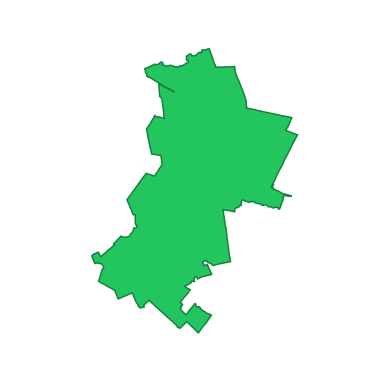 outline of Vlasinesti, Botosani, Romania, rotated 157°
{"feature_id": "2599482B22967990997973", "entity_name": "Vlasinesti", "entity_type": "district", "adm_level": 2, "iso_a3": "ROU", "parent_name": "Romania", "parent_adm1": "Botosani", "projection": "albers", "projection_center": [26.916, 47.927], "detail": "fine", "context": "isolated", "style": "filled", "palette": "green", "viewbox_px": 384, "rotation_deg": 157, "n_neighbors": 0, "source": "geoboundaries", "source_scale": "gbopen_adm2", "svg_char_len": 6069}
<svg xmlns="http://www.w3.org/2000/svg" viewBox="0 0 384 384"><g transform="rotate(157 192 192)"><path d="M214.3,242.7L206.3,237.9L208.7,229.0L220.2,221.3L227.0,227.1L254.9,210.3L254.9,199.5L255.1,194.2L253.4,193.4L253.2,193.1L255.5,187.6L256.4,185.3L256.4,184.7L256.3,183.0L256.0,181.7L257.4,181.0L258.3,181.3L258.9,181.2L259.7,181.5L259.9,181.5L261.4,179.3L262.0,178.9L262.7,178.2L263.4,177.9L264.6,177.6L264.9,177.4L266.0,176.4L266.8,175.9L268.0,175.8L269.7,176.0L272.4,176.8L272.7,177.1L273.5,178.0L274.5,179.1L284.6,174.9L283.9,173.6L288.3,172.2L292.4,171.0L295.4,169.9L301.3,168.1L301.5,168.4L301.5,170.0L301.6,170.9L301.6,172.4L301.7,172.9L302.1,173.3L302.3,173.4L304.5,173.1L306.5,173.2L308.9,172.6L309.1,171.9L309.4,170.3L309.5,168.9L309.3,168.3L309.4,164.1L308.7,164.1L307.3,163.7L305.9,163.5L305.4,162.4L303.7,161.6L303.3,160.9L302.8,159.4L302.7,157.9L302.7,157.2L302.8,156.8L303.0,156.6L304.7,156.0L311.7,147.7L312.9,146.5L311.9,145.0L301.5,131.6L301.7,130.5L301.6,129.1L301.7,127.7L301.7,125.3L301.8,122.6L301.6,122.4L286.6,122.5L286.5,121.5L286.2,120.5L286.3,119.0L286.6,118.4L286.7,117.7L286.4,116.9L286.5,112.9L286.1,110.8L285.8,108.7L285.7,108.3L285.7,108.2L286.1,108.0L285.9,107.5L285.0,105.4L283.5,105.4L281.1,104.7L280.9,104.9L280.9,106.2L280.7,106.5L273.8,109.2L273.7,108.7L271.7,104.3L270.0,100.5L269.0,98.6L268.3,96.7L266.8,93.6L261.7,82.6L260.1,79.7L260.0,79.3L259.9,78.7L258.4,75.2L257.9,74.5L257.9,74.0L258.3,73.2L258.2,73.0L257.4,72.6L257.1,72.4L256.5,71.2L247.4,74.7L246.1,71.3L245.0,68.8L241.2,59.8L235.4,63.4L232.4,64.9L230.9,65.6L222.3,70.9L222.6,71.4L223.6,72.4L224.1,73.2L225.1,74.0L225.6,74.7L226.2,74.9L226.5,75.5L226.4,75.8L226.8,76.8L227.2,77.3L228.0,77.8L228.4,78.2L229.2,80.3L229.6,80.8L229.6,81.9L230.0,83.0L229.9,83.5L230.4,83.8L230.9,83.9L231.7,83.5L232.1,83.5L232.5,84.1L232.5,85.6L232.8,86.9L232.8,87.1L232.4,87.5L232.9,88.1L241.0,83.9L245.2,81.3L247.1,84.8L248.0,87.0L248.1,87.5L248.1,88.3L248.0,89.2L247.8,89.5L244.6,92.2L245.2,93.5L245.8,95.1L241.7,97.4L234.9,100.7L233.9,101.5L231.9,102.8L235.2,106.9L235.7,108.1L235.2,108.2L234.2,108.0L233.7,108.0L231.2,108.5L228.4,108.8L228.1,108.9L228.0,109.6L227.7,109.8L227.4,109.9L226.8,109.8L224.8,108.6L224.6,109.0L224.6,109.6L224.9,110.3L224.8,110.5L224.3,110.9L223.7,111.0L223.6,112.0L223.3,112.3L222.5,112.6L221.9,112.6L221.2,112.3L220.8,109.8L215.9,110.1L210.8,109.2L208.3,108.7L206.1,108.5L206.0,108.8L206.0,111.6L206.4,119.5L209.0,119.2L209.4,119.3L209.3,120.5L209.7,122.2L209.5,123.6L205.2,123.5L205.4,122.8L205.4,122.4L204.8,121.1L204.0,120.1L203.5,119.6L202.7,119.1L202.5,118.9L202.4,118.3L201.6,117.3L201.7,116.6L201.5,116.3L201.2,116.2L196.3,115.4L183.8,112.9L183.8,113.8L183.2,114.8L182.9,116.2L182.4,118.3L182.1,120.4L181.8,121.1L180.7,125.0L180.4,125.7L180.0,127.2L179.6,129.0L179.0,131.1L177.6,136.7L177.3,137.6L176.7,138.7L174.5,146.4L174.6,147.8L174.4,148.8L173.5,151.4L173.5,151.9L172.3,155.8L171.7,158.6L170.6,162.3L170.3,163.7L169.3,162.9L163.8,159.5L160.7,157.2L160.0,157.6L159.9,158.7L159.6,159.2L159.3,159.5L158.3,160.1L157.2,160.1L155.4,159.8L154.8,159.9L153.6,160.6L152.2,160.4L151.9,160.5L151.9,161.2L151.8,161.6L150.9,162.2L149.9,164.4L149.5,164.8L148.9,165.0L148.0,164.5L147.4,164.0L147.2,163.8L146.6,162.7L145.2,161.9L144.6,161.0L143.9,160.5L142.7,160.1L142.2,160.0L141.3,160.2L140.8,159.9L140.2,159.4L139.6,159.4L138.8,159.1L138.7,158.3L138.2,157.6L136.6,156.4L135.9,155.6L134.1,154.7L133.8,154.1L133.6,153.5L133.2,153.1L132.3,152.3L131.5,151.9L129.9,151.8L128.9,151.4L127.8,149.6L127.7,148.9L127.4,148.5L125.2,147.5L124.9,147.3L124.3,146.2L124.0,146.0L123.0,145.4L122.2,145.5L121.5,145.3L120.6,144.9L119.9,144.9L119.6,144.8L119.2,144.5L119.1,144.0L119.3,143.4L119.2,143.3L119.1,142.8L118.7,142.4L118.2,142.1L116.7,143.4L113.6,146.9L111.0,149.6L110.6,150.8L109.8,151.7L109.5,152.4L108.7,152.8L103.6,149.8L102.3,149.3L102.1,149.7L109.3,155.3L112.3,159.3L116.1,163.0L115.6,163.3L115.5,163.5L116.5,164.6L113.9,167.2L114.2,167.6L116.8,165.2L117.2,165.5L114.0,168.4L110.7,171.1L103.8,177.3L100.0,180.3L97.1,182.8L94.3,185.4L88.3,190.3L81.4,196.2L75.1,201.3L73.8,202.4L73.1,203.1L72.6,203.5L73.3,204.0L81.6,212.2L77.4,215.2L71.1,221.5L75.7,224.7L78.4,226.4L86.7,232.3L93.7,237.1L106.3,246.2L107.4,246.9L108.9,247.7L106.4,255.5L105.8,262.8L105.5,275.4L105.5,281.7L105.3,282.5L105.3,285.3L105.0,286.8L104.4,288.9L103.7,290.8L106.9,291.8L112.1,294.0L115.9,295.3L121.3,297.6L121.0,300.4L121.3,300.5L121.2,301.4L121.1,302.1L121.1,304.6L120.8,306.7L120.2,316.5L120.2,317.0L121.3,317.5L122.9,317.4L123.7,317.5L124.0,317.8L124.5,317.9L125.4,317.8L126.7,318.7L127.0,318.7L127.7,318.6L127.9,318.4L128.2,317.0L128.3,316.8L128.7,316.6L129.2,316.7L129.9,317.3L131.3,317.7L131.7,317.7L132.1,317.4L132.9,317.2L133.2,316.9L134.8,316.4L135.9,316.3L138.8,317.3L138.9,317.9L138.9,318.6L139.1,319.3L139.5,319.7L140.8,319.9L141.9,319.3L143.6,319.3L144.0,319.2L144.3,318.9L144.5,318.5L144.5,317.5L145.3,316.4L145.4,315.9L145.4,315.5L145.3,315.2L144.6,314.8L144.3,314.3L144.3,313.6L144.7,313.0L145.1,312.8L145.6,313.0L146.3,312.9L149.9,312.3L150.3,312.0L151.0,311.7L151.7,312.2L152.2,312.2L153.8,312.8L154.2,312.8L154.9,312.5L155.7,312.3L156.7,313.1L157.4,313.2L157.8,313.3L162.2,317.0L163.0,317.3L165.0,317.4L166.3,318.0L166.8,318.3L167.9,319.5L168.8,319.8L169.5,320.3L169.5,320.9L168.8,321.5L168.4,322.0L168.4,322.4L168.6,322.8L169.4,323.7L170.5,323.8L171.4,323.1L172.2,322.9L175.2,323.0L175.7,323.4L176.1,324.2L181.0,324.0L181.9,323.8L187.2,324.0L188.0,319.9L187.7,319.0L187.5,318.1L187.6,317.6L188.1,316.9L188.3,316.2L187.8,315.6L187.7,315.4L187.7,315.0L187.1,314.6L185.9,313.6L185.1,312.6L183.0,309.4L181.7,307.9L180.9,306.5L179.7,304.8L178.0,302.8L177.7,302.4L177.3,301.4L176.1,299.9L171.5,294.5L170.2,292.7L169.0,290.7L169.4,291.0L170.1,292.0L171.7,294.0L180.4,304.4L182.3,298.6L184.4,292.5L183.2,289.7L185.2,282.6L186.1,279.7L186.3,278.8L188.8,270.7L190.7,272.2L193.3,274.1L196.1,275.7L196.3,276.9L204.2,271.0L209.3,267.7L210.6,261.5L211.5,257.9L211.7,256.1L212.2,254.0L213.3,248.2L213.5,246.3L214.3,242.7Z" fill="#22c55e" stroke="#15803d" stroke-width="1.5"/></g></svg>